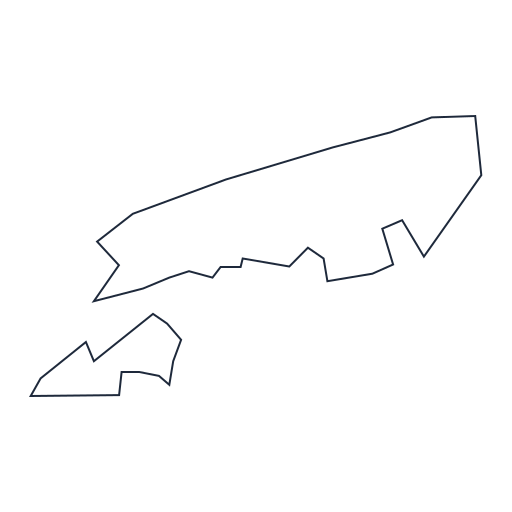 the state/province of Tsuen Wan
{"feature_id": "HKG-5165", "entity_name": "Tsuen Wan", "entity_type": "state/province", "adm_level": 1, "iso_a3": "HKG", "parent_name": "Hong Kong S.A.R.", "parent_adm1": "", "projection": "orthographic", "projection_center": [114.074, 22.367], "detail": "fine", "context": "isolated", "style": "outline", "palette": "slate", "viewbox_px": 512, "rotation_deg": 0, "n_neighbors": 0, "source": "natural_earth", "source_scale": "10m", "svg_char_len": 613}
<svg xmlns="http://www.w3.org/2000/svg" viewBox="0 0 512 512"><path d="M327.4,281.2L323.6,258.5L307.9,247.7L289.3,266.5L242.7,258.5L240.6,267.0L220.6,267.0L212.5,277.6L189.0,271.2L169.3,277.6L143.1,288.5L93.9,301.2L118.9,265.2L97.1,241.6L132.8,213.8L225.9,179.5L332.8,147.4L390.2,132.4L431.7,117.4L475.2,116.0L481.3,175.2L423.9,256.6L402.1,220.2L382.3,228.7L393.1,264.5L372.4,273.7L327.4,281.2ZM30.7,396.0L40.6,378.4L85.9,342.0L93.9,361.2L153.0,313.9L167.1,323.6L181.1,339.8L173.2,361.2L169.3,384.8L159.0,375.9L139.2,372.0L121.6,372.0L119.1,395.1L30.7,396.0Z" fill="none" stroke="#1e293b" stroke-width="2"/></svg>